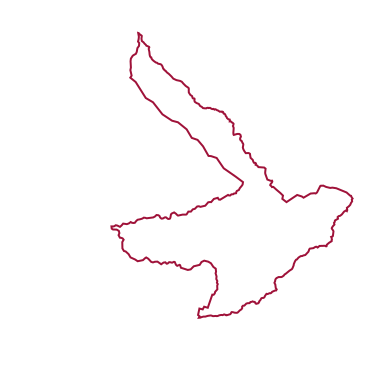 Tambores, Paysandú, Uruguay, rotated 38°
{"feature_id": "84410073B26117167453327", "entity_name": "Tambores", "entity_type": "district", "adm_level": 2, "iso_a3": "URY", "parent_name": "Uruguay", "parent_adm1": "Paysandú", "projection": "natural_earth1", "projection_center": [-56.592, -32.019], "detail": "fine", "context": "isolated", "style": "outline", "palette": "rose", "viewbox_px": 384, "rotation_deg": 38, "n_neighbors": 0, "source": "geoboundaries", "source_scale": "gbopen_adm2", "svg_char_len": 6100}
<svg xmlns="http://www.w3.org/2000/svg" viewBox="0 0 384 384"><g transform="rotate(38 192 192)"><path d="M274.8,286.9L275.8,286.0L276.7,284.5L277.7,283.2L279.2,282.0L280.7,279.9L282.6,277.9L283.2,277.5L285.0,276.9L287.2,274.9L287.9,274.6L288.6,273.9L289.4,272.4L290.7,270.9L292.0,270.1L292.6,268.8L293.2,268.4L294.3,268.3L294.7,267.8L295.2,267.8L297.4,264.7L297.4,263.7L297.1,262.7L297.2,262.2L298.1,261.6L300.2,260.7L301.8,259.5L302.2,258.9L302.6,255.7L303.2,254.0L303.0,252.5L302.1,251.5L302.1,250.8L302.2,250.2L303.2,249.3L303.5,246.5L304.3,245.4L305.8,244.1L305.8,242.7L306.6,241.9L307.1,240.9L308.2,240.6L309.1,240.0L310.8,240.7L311.2,240.3L311.7,240.3L312.1,239.5L312.5,239.3L312.8,238.2L312.6,237.2L312.3,236.9L312.4,235.0L312.1,233.1L312.5,232.3L313.4,231.6L313.7,231.1L313.8,229.8L313.5,229.2L313.4,226.4L314.4,225.9L315.4,224.0L316.3,223.4L316.6,222.5L316.6,221.3L318.1,218.5L318.9,217.8L318.7,216.6L317.1,216.1L314.5,213.5L313.5,213.2L312.8,212.7L312.5,211.3L311.8,210.1L311.5,209.1L311.6,207.8L312.6,205.7L314.7,204.1L315.3,203.1L315.8,201.2L315.7,199.9L316.1,199.1L317.3,193.8L318.2,191.3L318.1,190.2L317.3,187.3L316.6,186.1L315.8,183.1L315.7,181.3L316.2,180.6L316.3,178.1L317.1,175.7L318.4,174.4L318.8,173.4L319.7,172.4L320.1,171.8L320.5,167.3L319.7,165.0L319.7,164.1L322.2,161.5L322.9,159.6L323.4,158.8L324.0,158.4L325.1,158.5L325.4,157.9L325.5,156.9L325.7,156.0L329.9,152.5L331.1,152.3L331.4,151.9L330.7,150.5L331.3,147.5L332.3,144.9L332.3,144.6L331.8,144.2L331.6,143.4L331.1,143.1L330.5,142.3L329.3,141.7L330.1,140.4L330.1,139.9L327.7,135.9L327.0,135.5L324.8,134.8L324.4,134.5L324.2,133.7L324.1,131.8L324.3,130.0L322.9,128.9L322.9,127.7L322.2,126.5L322.3,126.1L323.5,123.2L322.2,122.1L322.4,120.8L323.4,119.5L323.9,117.4L323.9,113.9L324.7,111.7L325.8,111.7L325.5,110.7L323.8,109.1L324.4,106.8L324.6,104.6L324.1,103.1L323.9,100.7L322.6,99.6L322.6,98.3L321.1,97.9L319.7,97.1L318.9,97.5L314.1,97.2L303.4,100.2L300.0,102.1L298.4,103.7L294.7,105.4L291.4,106.2L290.5,107.2L289.8,107.5L289.4,108.3L290.8,115.4L290.4,117.0L289.2,117.6L286.4,120.2L283.4,127.8L281.3,127.9L276.7,129.6L272.7,141.8L267.4,141.8L265.9,138.8L262.2,138.4L256.9,138.2L253.0,137.9L252.0,138.9L251.4,138.6L249.5,138.5L249.1,137.8L249.1,135.3L248.9,134.4L248.5,134.0L248.1,133.8L247.6,134.4L246.9,134.8L243.7,135.8L238.5,132.5L237.6,131.5L235.6,128.3L233.8,128.3L229.0,131.5L227.3,131.0L225.3,131.4L224.8,130.1L223.9,130.1L223.0,130.8L221.7,130.4L220.1,129.3L217.1,129.0L214.1,126.2L212.7,126.4L210.4,128.3L207.9,127.5L206.3,126.8L204.7,125.7L203.2,123.0L202.7,122.6L202.2,122.3L201.7,122.3L199.7,121.2L198.6,121.4L197.3,120.7L196.7,119.6L196.5,118.3L195.1,117.2L193.8,117.1L193.3,117.3L191.8,118.5L189.8,121.3L189.4,121.2L188.2,120.0L185.8,116.4L185.1,115.6L183.6,114.8L183.3,113.7L182.8,112.7L182.2,112.5L180.8,112.5L180.4,112.7L179.1,112.5L178.6,112.7L178.1,112.4L178.0,112.8L177.1,111.7L175.8,112.3L174.1,112.2L172.8,111.5L171.9,111.4L171.1,110.8L169.7,110.3L168.8,110.7L167.8,110.1L167.3,109.9L167.0,110.3L166.5,110.0L166.0,110.2L165.8,110.7L164.8,111.2L164.5,111.6L162.1,111.8L161.6,112.1L159.7,112.3L159.1,112.7L159.0,113.2L157.6,113.4L157.3,113.9L156.3,114.4L154.4,114.6L153.3,115.7L152.7,115.8L151.9,116.7L151.8,117.2L150.7,118.1L149.0,119.1L147.3,118.9L145.6,119.2L144.9,119.1L143.6,118.5L142.9,118.5L140.8,119.1L138.7,119.2L137.7,118.6L136.8,117.1L136.3,116.9L135.2,117.6L134.5,117.5L133.1,116.4L130.9,116.5L128.3,115.6L127.0,114.1L126.0,112.7L125.4,112.2L124.8,112.1L121.7,112.3L118.5,111.9L116.1,111.4L114.2,111.8L110.9,113.4L107.5,114.2L104.7,113.6L101.2,113.2L98.3,113.2L97.0,112.8L96.6,113.0L96.0,112.8L94.2,112.8L94.0,112.5L93.0,112.3L91.4,111.2L89.7,110.6L88.7,110.6L86.2,111.8L84.9,111.7L83.8,112.2L80.9,112.3L79.0,112.1L78.3,111.9L77.0,111.0L76.5,111.3L75.4,110.9L74.2,110.0L72.0,107.7L70.1,106.2L69.6,105.5L69.3,104.3L69.0,104.1L68.5,104.1L65.9,104.8L64.9,104.4L63.1,104.3L61.9,103.9L59.5,103.9L57.8,102.3L56.4,100.0L56.1,99.8L53.0,99.9L52.2,99.6L51.7,99.8L54.6,102.4L55.9,104.5L56.9,106.7L58.7,107.1L60.3,109.5L60.4,112.2L62.2,115.6L62.7,117.7L61.9,119.6L61.4,121.1L61.7,124.5L63.1,126.8L67.2,131.5L68.4,133.9L72.8,137.5L73.0,139.9L79.9,140.0L97.7,146.4L106.0,145.3L120.9,149.0L132.4,148.1L138.0,145.7L149.2,145.9L158.5,149.5L164.3,147.5L172.6,149.2L182.8,153.4L184.9,152.0L190.5,150.0L202.4,153.8L217.1,153.0L226.1,152.8L227.3,155.0L227.4,156.3L227.3,159.7L227.7,161.5L226.7,163.6L226.9,164.7L227.5,165.8L226.0,167.4L225.9,168.3L224.5,169.6L224.2,171.3L223.2,172.0L222.2,172.1L218.9,180.8L217.7,181.4L215.9,180.7L213.5,184.0L213.3,188.2L212.3,188.9L211.1,190.1L210.9,194.6L207.8,198.5L206.2,199.0L205.0,200.2L204.6,203.5L203.3,205.2L203.2,208.1L201.2,209.7L201.5,212.9L201.2,213.5L198.6,215.5L195.5,219.2L193.8,219.2L193.0,219.0L190.5,219.1L189.3,221.4L189.2,222.6L190.7,225.4L191.0,226.5L190.4,227.5L189.5,228.0L187.1,228.0L186.3,228.6L185.3,230.9L184.3,231.8L182.6,231.7L181.1,230.9L179.8,231.0L178.2,232.0L177.9,234.1L177.1,235.9L172.5,240.6L171.1,241.1L169.8,241.9L169.3,243.4L168.0,245.3L166.2,247.4L165.9,249.1L165.9,251.5L164.9,252.5L163.7,253.2L162.2,253.4L161.6,255.6L160.5,257.4L157.2,259.3L157.1,261.7L156.7,263.8L153.9,264.4L152.4,265.1L151.9,266.6L151.3,267.5L149.7,268.7L151.3,270.3L152.8,270.2L155.8,268.0L158.3,267.7L160.1,269.1L160.7,271.2L163.3,272.4L164.9,271.5L166.1,271.3L167.5,271.7L167.9,274.4L171.9,279.3L174.7,280.4L176.3,279.7L180.3,280.0L183.8,281.4L188.8,280.2L191.8,280.0L195.3,275.9L195.8,272.9L196.2,271.8L198.6,271.5L202.9,272.2L204.6,271.5L205.7,269.8L207.7,268.1L212.2,267.9L213.0,265.2L214.3,263.8L216.1,264.1L216.8,263.4L217.2,261.4L218.0,260.8L219.8,260.0L220.8,258.1L221.6,257.8L224.1,259.2L225.8,259.3L227.0,257.1L227.7,257.0L229.9,258.5L236.7,256.0L238.6,253.8L239.1,249.5L242.9,244.7L242.6,241.3L243.9,238.6L247.7,236.9L250.8,236.5L255.0,237.9L257.9,237.8L260.1,240.1L260.6,241.5L263.3,243.4L264.7,245.6L266.8,246.6L267.5,248.2L269.0,248.7L269.5,250.3L271.9,253.1L271.7,256.4L272.4,258.0L272.3,259.7L271.2,260.4L275.7,273.5L272.2,274.9L272.7,277.9L269.6,279.3L272.5,285.2L274.5,285.3L274.8,286.9Z" fill="none" stroke="#9f1239" stroke-width="2"/></g></svg>